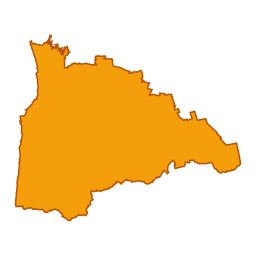 the district of Waitomo District, Waikato, New Zealand
{"feature_id": "76426892B29950050378985", "entity_name": "Waitomo District", "entity_type": "district", "adm_level": 2, "iso_a3": "NZL", "parent_name": "New Zealand", "parent_adm1": "Waikato", "projection": "robinson", "projection_center": [174.849, -38.431], "detail": "fine", "context": "isolated", "style": "filled", "palette": "amber", "viewbox_px": 256, "rotation_deg": 0, "n_neighbors": 0, "source": "geoboundaries", "source_scale": "gbopen_adm2", "svg_char_len": 5599}
<svg xmlns="http://www.w3.org/2000/svg" viewBox="0 0 256 256"><path d="M67.2,55.2L69.0,52.8L68.3,53.1L68.0,52.5L68.7,51.5L68.2,51.3L68.9,50.2L68.7,49.9L68.0,50.0L67.6,49.3L67.7,48.4L67.2,48.1L67.6,47.6L67.4,46.7L66.8,47.3L65.8,47.1L65.0,48.0L64.9,48.7L64.3,47.7L63.9,48.9L64.0,49.8L64.4,50.1L64.1,50.7L64.3,51.2L63.0,54.4L62.5,53.9L61.4,54.5L61.2,54.0L62.7,52.4L62.9,50.2L61.5,50.8L60.5,52.2L59.9,51.1L61.6,49.1L62.0,47.9L59.5,48.9L58.9,50.1L58.2,50.3L58.8,48.1L58.7,47.2L57.9,46.9L57.7,44.0L56.2,44.9L55.3,44.9L56.3,45.9L56.2,48.3L55.5,48.5L55.2,47.7L54.7,48.4L54.8,47.6L55.5,47.4L54.8,46.9L53.0,48.3L53.5,47.1L52.7,46.6L52.4,46.7L52.2,47.8L51.8,48.6L51.6,48.5L51.7,46.6L51.1,46.7L50.9,45.7L51.6,45.4L51.3,44.7L51.9,44.4L51.3,43.6L51.6,43.2L51.0,42.9L51.9,41.3L51.0,41.7L50.0,44.2L49.4,43.8L48.2,44.2L48.1,43.7L49.1,43.6L49.3,42.9L48.4,42.0L47.2,42.3L48.4,40.9L49.2,41.7L49.7,41.6L50.0,38.1L50.5,37.3L51.2,37.0L50.9,36.4L51.1,35.7L50.4,36.0L50.0,35.5L48.9,39.2L46.9,42.0L43.8,43.3L43.8,43.8L42.1,45.3L39.6,45.1L38.9,44.0L39.0,44.6L38.1,44.7L35.8,44.3L34.4,43.3L33.9,43.8L32.7,43.7L32.0,42.8L31.4,41.0L30.8,41.6L30.2,41.5L30.2,43.2L30.7,44.3L30.5,44.9L31.7,46.9L31.6,47.5L32.1,48.4L31.8,49.0L32.3,49.2L35.4,58.9L35.9,59.1L35.8,60.5L37.5,66.3L36.9,68.4L37.6,69.4L37.9,71.8L37.5,72.6L36.9,72.7L36.0,73.9L36.6,75.4L37.5,80.1L37.7,81.5L37.3,82.8L38.2,85.4L37.9,89.4L37.4,90.4L37.6,93.5L38.0,94.3L37.1,96.9L36.4,97.6L36.7,99.1L34.6,99.7L33.8,100.3L31.8,104.5L30.5,105.5L30.1,106.7L28.9,107.2L28.2,108.2L26.5,109.5L25.6,109.8L26.6,110.8L25.8,113.4L24.9,115.2L24.3,115.8L20.0,116.1L20.4,116.2L20.1,116.5L20.8,119.9L20.1,120.7L20.5,120.7L20.3,121.3L21.1,121.2L21.5,121.6L21.2,122.2L20.4,122.4L20.2,123.8L21.1,124.0L21.5,125.8L21.8,125.8L21.5,133.2L22.1,133.4L22.4,134.8L21.5,139.7L20.2,140.6L21.1,140.5L21.2,141.1L20.8,140.8L20.6,141.2L21.0,144.5L20.0,145.7L19.2,147.9L20.3,155.1L19.6,158.5L19.7,161.6L19.2,161.8L19.1,162.7L19.4,165.1L18.4,175.8L17.9,176.9L17.0,182.8L17.4,183.3L16.8,190.5L16.2,193.5L16.4,194.6L15.6,201.5L15.8,202.5L15.4,203.8L16.1,206.6L22.8,206.1L22.5,207.4L24.3,209.4L25.2,208.9L26.0,209.1L27.1,208.2L31.7,207.9L33.1,209.5L35.0,208.7L35.3,209.2L36.5,209.0L40.2,209.9L40.7,209.4L42.8,209.6L44.3,211.4L45.3,212.0L45.2,212.3L45.9,212.1L47.0,212.5L48.0,212.0L48.4,211.0L49.4,210.5L51.0,210.3L50.9,210.9L52.5,209.9L54.5,209.5L55.3,208.8L57.5,210.3L58.3,210.1L59.4,211.5L60.0,211.4L60.3,212.6L60.7,213.1L62.0,213.4L62.2,214.8L62.7,215.7L62.3,216.2L62.8,216.2L62.9,216.9L66.2,218.4L67.8,220.1L70.6,220.5L71.6,217.9L73.0,218.1L75.2,217.4L76.4,216.9L77.9,215.2L82.0,215.2L83.2,214.8L84.9,215.6L85.6,215.4L86.0,215.1L85.9,214.6L87.1,213.9L87.2,211.6L86.1,210.9L86.5,208.7L88.5,206.6L87.9,206.1L88.2,205.8L90.7,204.5L90.1,202.1L90.5,201.6L90.6,200.8L91.4,200.2L92.7,200.2L93.0,199.6L92.3,198.5L92.4,197.8L91.6,197.0L92.0,194.6L90.8,193.7L91.1,193.2L90.8,191.7L91.3,190.9L92.2,190.6L93.7,191.7L94.6,191.6L95.5,191.1L96.3,191.3L96.7,190.2L97.9,191.1L99.6,190.9L101.0,191.3L101.5,190.6L104.7,189.8L104.9,189.4L105.8,189.5L106.4,189.1L106.8,189.5L107.4,188.6L108.1,188.8L109.7,188.3L109.6,187.4L112.2,186.8L112.8,185.8L113.7,185.4L113.6,184.4L116.4,183.6L116.3,181.6L117.4,181.5L120.3,183.1L120.5,183.7L121.5,183.7L121.4,182.9L122.7,182.6L123.0,181.9L124.8,180.9L125.1,180.1L126.7,179.4L127.4,180.6L130.9,180.6L131.3,181.8L132.1,182.1L132.5,181.6L136.1,181.5L137.9,180.8L139.3,180.9L141.7,181.8L144.0,181.4L144.4,182.5L145.7,183.6L148.1,184.1L152.0,182.1L152.8,182.2L153.2,180.3L154.1,180.0L155.9,177.6L156.7,177.3L157.2,178.0L157.6,177.1L159.0,176.8L159.6,177.2L164.0,170.3L167.4,173.6L168.7,172.2L167.5,170.5L168.0,165.8L171.3,161.7L172.8,160.4L173.2,161.2L173.8,161.2L174.0,161.7L175.0,162.5L174.5,163.6L175.3,164.7L175.2,165.3L174.4,165.5L175.2,168.5L184.6,166.1L185.5,162.1L187.2,162.2L187.8,162.8L189.7,162.7L189.7,160.3L194.1,160.2L194.4,161.7L199.7,163.9L200.8,163.5L205.5,163.7L211.8,162.5L214.8,168.9L216.2,168.9L217.5,170.6L217.3,171.0L217.9,171.7L219.0,171.9L219.7,172.7L220.8,173.0L221.6,172.8L222.7,171.7L224.8,172.2L226.6,172.0L227.0,171.8L227.1,170.8L228.8,171.2L230.8,170.8L231.9,169.7L232.5,170.2L234.9,169.5L236.5,167.4L237.2,166.9L237.6,166.0L239.5,165.5L240.6,163.4L240.1,162.1L240.2,160.3L239.4,158.7L239.6,157.6L236.5,143.2L226.2,145.1L220.2,138.6L221.4,137.9L216.8,133.1L217.0,132.5L207.2,123.4L205.8,118.7L197.4,120.3L194.6,111.3L190.2,112.6L192.1,118.8L187.2,120.3L186.9,119.2L183.4,120.3L182.6,119.2L180.3,117.9L179.6,117.0L179.0,116.7L178.6,114.9L177.5,113.5L177.2,113.0L179.5,112.3L178.3,108.8L174.8,109.8L174.8,107.8L174.3,107.1L175.0,106.5L174.4,106.0L175.3,105.6L174.3,104.6L174.2,103.3L173.0,99.7L172.4,99.1L172.7,97.1L171.5,96.7L171.7,94.5L168.4,94.3L166.1,95.2L164.9,94.9L164.9,93.7L159.6,93.1L160.0,95.3L158.1,95.6L153.0,94.4L149.6,95.4L149.8,94.3L152.1,89.5L148.0,88.8L147.8,86.2L149.5,83.2L144.3,81.9L144.2,81.1L143.5,80.9L143.0,80.9L142.3,82.1L141.6,82.2L141.6,81.8L142.9,80.1L141.2,78.5L142.5,77.7L142.6,75.5L141.9,72.4L140.8,70.3L137.1,72.0L134.1,71.9L132.2,72.4L132.3,73.2L129.1,73.2L130.1,71.9L129.9,71.5L125.8,70.3L119.6,67.3L117.5,67.2L113.5,66.0L112.5,64.3L112.5,59.5L112.0,59.6L111.7,58.9L103.7,58.8L104.0,58.1L105.5,57.0L105.6,56.5L105.1,56.0L99.8,56.4L99.4,55.9L98.2,55.6L97.8,56.3L95.8,56.2L95.2,57.9L96.3,59.5L95.0,59.9L95.5,61.1L94.9,63.4L96.1,64.1L96.5,64.7L96.1,65.1L90.5,64.6L89.6,64.1L87.7,64.0L86.2,63.2L83.0,64.0L79.9,63.8L79.0,63.2L78.1,63.9L77.0,63.6L76.8,64.1L75.3,63.6L74.9,63.0L71.6,64.2L71.9,64.8L67.5,66.6L67.9,67.8L64.6,67.8L64.4,58.6L65.4,58.7L64.9,57.2L65.6,55.8L67.2,55.2Z" fill="#f59e0b" stroke="#b45309" stroke-width="1.5"/></svg>